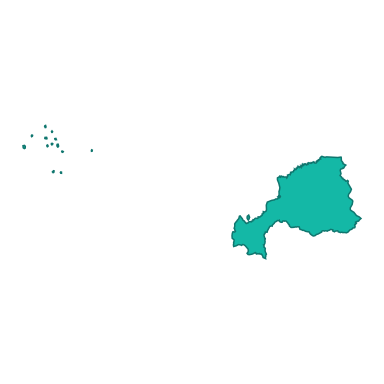 outline of Mamuju, Sulawesi Barat, Indonesia
{"feature_id": "22746128B65468173429736", "entity_name": "Mamuju", "entity_type": "district", "adm_level": 2, "iso_a3": "IDN", "parent_name": "Indonesia", "parent_adm1": "Sulawesi Barat", "projection": "mercator", "projection_center": [119.254, -2.427], "detail": "fine", "context": "isolated", "style": "filled", "palette": "teal", "viewbox_px": 384, "rotation_deg": 0, "n_neighbors": 0, "source": "geoboundaries", "source_scale": "gbopen_adm2", "svg_char_len": 5975}
<svg xmlns="http://www.w3.org/2000/svg" viewBox="0 0 384 384"><path d="M345.8,165.1L342.9,163.6L343.0,162.7L341.4,160.6L341.2,157.2L340.6,157.1L337.8,157.5L326.7,156.9L325.9,157.0L325.2,157.4L324.7,157.1L324.1,157.2L322.6,156.5L321.5,156.4L320.3,157.6L320.5,157.8L320.2,157.9L320.0,158.2L320.3,158.8L319.9,158.7L319.8,159.2L318.9,160.0L318.7,159.9L318.7,160.4L318.3,160.4L318.2,160.7L317.5,160.4L317.0,160.9L317.2,161.1L316.8,161.2L316.9,161.5L316.6,161.6L317.0,161.9L316.0,163.1L315.0,163.0L314.4,162.4L314.3,162.8L314.1,162.7L314.0,162.3L313.5,162.3L313.2,161.9L312.3,162.7L312.0,162.6L311.5,163.0L311.2,162.8L311.1,163.2L310.6,163.1L310.7,163.3L309.9,163.3L309.3,162.9L308.4,163.1L308.6,163.3L308.3,162.8L307.9,163.1L308.1,163.3L307.8,163.5L307.6,163.6L307.8,164.0L307.3,163.8L307.2,164.5L306.6,164.7L306.5,164.4L306.5,164.9L306.2,164.8L305.5,163.9L304.7,164.5L304.5,164.2L304.3,164.4L304.3,164.0L303.7,164.2L303.3,164.5L303.4,164.8L303.0,164.4L303.0,165.1L302.7,164.9L302.6,165.3L302.2,164.9L302.1,165.5L301.5,165.9L301.7,166.1L301.3,165.9L301.6,166.5L301.1,166.5L301.3,166.7L301.1,166.9L301.4,166.9L301.0,167.0L301.0,167.3L300.7,167.0L300.3,166.8L300.0,167.3L300.2,166.7L299.7,167.0L299.9,167.2L299.5,167.0L299.4,167.4L298.8,167.0L298.1,166.3L298.0,166.8L297.5,167.0L297.6,167.5L297.4,167.7L297.4,167.9L297.0,167.8L296.5,168.1L296.7,168.4L296.6,168.6L296.3,168.6L296.4,168.9L296.2,169.2L296.0,168.9L295.2,169.6L294.6,169.1L294.7,169.7L294.3,170.3L293.7,170.4L293.4,171.7L290.6,172.3L290.6,172.7L291.0,173.0L290.5,173.6L290.3,174.5L290.0,174.2L287.5,175.1L287.7,176.4L286.8,178.0L286.2,176.9L284.1,177.2L283.7,176.6L283.1,176.5L282.3,176.9L281.6,176.1L280.8,176.5L280.5,177.3L280.1,177.1L280.3,176.2L279.8,176.0L278.8,177.2L277.5,177.8L277.4,179.0L277.5,180.0L278.8,183.2L279.9,187.7L279.4,190.5L279.0,191.2L279.1,194.7L278.3,196.5L278.0,196.7L278.5,196.9L278.5,196.6L280.0,195.9L280.4,196.4L280.2,197.0L279.6,197.8L278.0,198.0L277.6,198.9L275.6,199.0L274.6,199.8L271.6,200.4L267.3,202.1L266.3,205.1L266.5,209.6L266.1,211.1L264.3,212.1L263.3,211.6L263.2,212.3L263.6,212.6L263.4,212.8L263.5,213.4L262.0,214.1L262.2,215.2L261.3,216.0L260.8,216.0L259.8,217.1L259.6,216.9L258.1,216.9L258.0,218.1L257.2,218.5L255.8,218.2L255.1,218.4L253.9,219.8L253.0,219.7L252.9,220.8L251.4,221.3L251.4,221.8L249.3,221.7L248.1,222.5L248.1,222.9L246.4,223.5L245.9,223.3L245.7,222.5L244.8,222.0L244.3,221.0L243.1,220.4L242.4,218.8L240.1,215.9L239.4,216.2L238.8,218.6L237.1,220.5L236.6,221.6L235.8,222.1L234.7,223.9L234.8,226.2L234.2,228.1L234.2,228.5L234.6,228.6L234.9,230.4L235.5,231.2L235.3,231.6L234.3,232.1L233.2,231.7L232.8,231.9L232.3,233.4L232.0,235.7L232.2,238.3L234.0,239.7L234.1,240.8L233.6,242.6L233.7,243.8L233.4,244.9L233.7,246.5L236.2,245.8L238.4,244.6L240.3,244.8L241.6,245.4L242.6,244.5L243.8,244.7L245.3,245.8L248.1,249.1L248.3,250.9L248.1,252.0L247.5,252.5L247.1,253.5L247.8,253.9L247.9,254.4L249.1,254.7L251.9,254.2L253.9,253.4L255.2,252.5L256.1,253.2L256.0,253.6L256.8,254.1L257.6,253.6L258.4,253.9L259.4,253.5L259.9,254.1L261.5,254.1L262.9,256.4L263.1,257.5L265.6,258.6L265.4,257.5L265.8,256.2L265.8,255.0L266.4,254.2L265.3,251.8L265.0,250.0L265.3,248.7L264.8,247.7L263.9,247.0L264.1,246.1L263.6,244.9L264.2,244.8L264.9,243.2L265.1,241.5L264.8,239.8L265.3,239.0L265.2,238.4L264.7,238.2L263.9,235.0L264.6,234.1L264.5,233.7L265.2,233.1L265.3,232.1L267.1,232.2L267.5,230.7L269.8,226.4L271.7,225.9L272.2,226.1L272.5,224.9L274.2,223.3L274.8,222.2L276.7,221.2L277.3,220.5L278.4,220.7L279.3,220.2L279.7,221.6L281.1,222.3L282.2,222.2L282.7,221.1L283.6,220.9L284.3,221.2L284.9,220.9L286.2,221.2L287.9,223.1L288.2,223.8L289.3,224.8L289.3,225.8L291.0,227.4L292.1,227.5L293.3,227.2L293.7,227.4L295.7,226.8L296.1,227.1L297.5,226.7L299.2,226.9L300.0,229.4L301.2,229.6L302.8,230.4L303.8,230.3L305.5,231.3L307.9,231.8L308.9,231.7L310.5,234.2L311.1,234.4L311.3,234.8L313.2,236.0L314.9,235.7L316.9,234.2L317.7,234.2L321.6,232.1L321.5,231.6L322.3,230.9L323.4,230.7L324.3,231.1L325.3,230.7L327.5,231.1L327.9,230.6L329.2,230.3L330.7,229.4L332.8,229.8L332.8,231.0L334.5,231.8L335.1,231.2L337.5,230.8L337.9,231.0L338.3,231.9L339.6,232.2L340.3,232.6L341.0,232.3L342.0,232.2L342.7,232.6L344.6,232.5L346.5,232.8L348.1,232.0L349.9,229.9L351.9,229.2L352.7,228.1L354.7,227.7L355.1,226.8L354.7,225.2L355.1,224.8L354.9,224.4L355.8,224.0L356.4,223.2L355.8,223.0L355.5,222.2L357.2,221.3L358.6,221.1L359.4,219.9L361.0,218.5L359.2,216.9L356.5,215.6L353.9,212.3L350.9,210.4L350.3,209.6L350.3,207.8L352.2,204.4L352.8,201.1L352.2,200.1L349.0,197.8L348.2,196.2L348.6,194.3L350.5,191.7L351.4,189.2L347.8,183.0L348.3,181.5L348.0,180.8L347.5,180.4L346.5,181.1L345.7,181.1L344.5,179.6L343.4,179.5L343.3,179.0L342.8,178.7L342.8,178.2L341.9,177.9L341.6,177.1L340.1,175.6L341.0,173.7L340.2,170.4L340.6,169.2L343.0,168.4L343.0,168.0L343.7,168.0L345.0,165.8L345.8,165.1ZM248.3,220.1L249.2,218.7L249.2,217.6L249.6,217.3L248.7,215.1L247.3,216.2L247.1,217.3L247.2,218.5L247.6,219.2L248.3,220.1ZM24.5,145.4L23.0,145.7L23.2,147.8L24.3,148.6L25.2,148.1L25.3,146.3L24.5,145.4ZM58.1,147.0L58.6,146.2L58.2,144.2L57.3,144.2L56.9,145.0L57.0,146.1L57.7,147.1L58.1,147.0ZM47.0,138.3L46.6,137.3L45.0,137.4L44.8,138.4L45.1,138.7L46.8,138.9L47.0,138.3ZM45.8,127.5L46.0,126.8L45.6,125.4L44.9,125.7L44.6,126.4L45.2,127.6L45.8,127.5ZM53.8,172.4L54.1,170.9L53.5,170.7L52.4,171.9L53.1,172.7L53.8,172.4ZM48.1,146.2L47.9,145.3L47.3,144.9L46.8,145.6L47.1,146.6L47.5,146.8L48.1,146.2ZM52.5,144.6L52.8,143.7L52.2,143.3L51.4,143.5L51.3,144.2L51.8,144.9L52.5,144.6ZM56.4,139.7L55.9,138.4L54.8,138.6L54.9,139.3L55.4,139.8L56.4,139.7ZM32.4,136.2L32.6,135.3L32.1,135.0L31.6,135.1L31.3,136.0L31.7,136.7L32.4,136.2ZM63.3,151.6L62.6,151.1L61.9,151.1L61.7,151.6L62.2,152.3L62.8,152.3L63.3,151.6ZM61.5,173.3L61.5,172.1L60.8,171.9L60.4,172.4L60.7,173.2L61.5,173.3ZM92.1,151.2L92.3,150.1L91.7,149.8L91.4,150.4L91.5,151.3L92.1,151.2ZM52.2,132.4L52.6,131.7L52.0,130.9L51.5,131.6L51.8,132.4L52.2,132.4Z" fill="#14b8a6" stroke="#0f766e" stroke-width="1.5"/></svg>